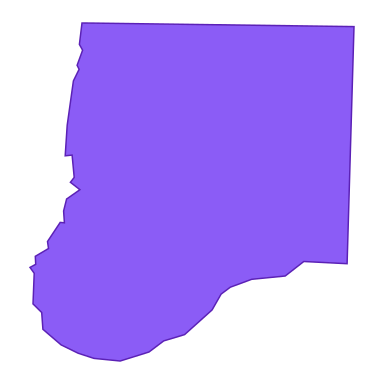 outline of Callaway, Missouri, United States of America
{"feature_id": "52423323B83967641525386", "entity_name": "Callaway", "entity_type": "district", "adm_level": 2, "iso_a3": "USA", "parent_name": "United States of America", "parent_adm1": "Missouri", "projection": "robinson", "projection_center": [-92.074, 38.811], "detail": "fine", "context": "isolated", "style": "filled", "palette": "violet", "viewbox_px": 384, "rotation_deg": 0, "n_neighbors": 0, "source": "geoboundaries", "source_scale": "gbopen_adm2", "svg_char_len": 597}
<svg xmlns="http://www.w3.org/2000/svg" viewBox="0 0 384 384"><path d="M93.4,23.1L82.0,23.0L79.4,44.4L82.6,50.2L77.1,65.3L79.1,69.3L73.4,80.9L67.2,125.2L65.2,155.8L72.1,155.1L74.2,177.4L70.4,182.3L79.9,189.7L66.6,199.0L63.6,211.0L64.4,222.8L60.2,222.4L47.5,241.5L48.5,248.5L35.3,256.3L35.7,264.3L30.0,267.4L34.2,273.3L33.0,303.9L41.7,312.5L42.9,329.3L61.1,344.9L78.3,353.3L94.0,358.4L120.2,361.0L149.0,352.0L163.7,340.9L184.6,334.6L212.1,309.9L221.1,294.1L230.3,287.2L251.7,279.3L285.2,276.0L303.8,261.5L347.1,263.7L354.0,26.6L93.4,23.1Z" fill="#8b5cf6" stroke="#5b21b6" stroke-width="1.5"/></svg>